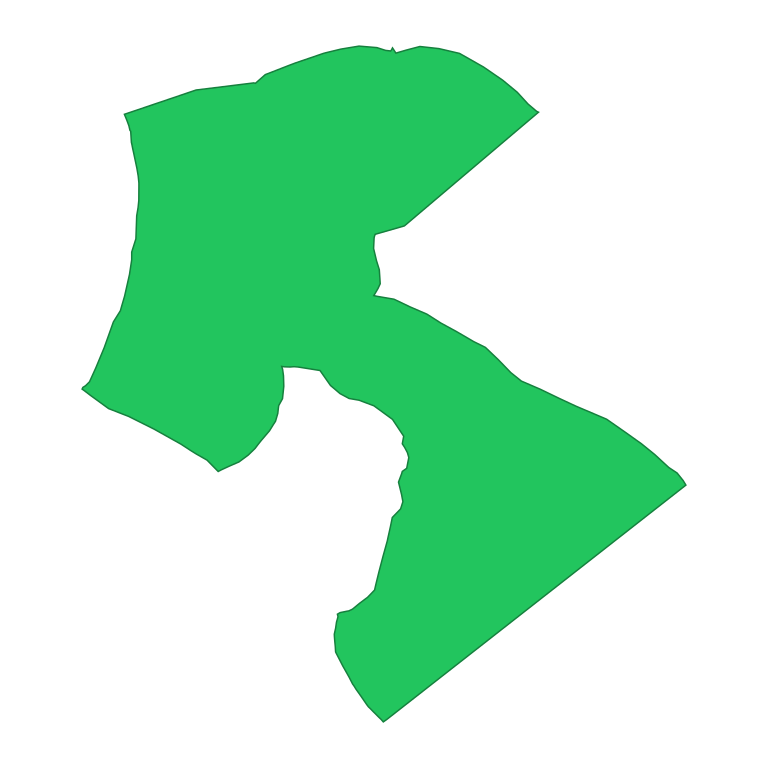 the district of Village, Anse-la-Raye, Saint Lucia
{"feature_id": "8701671B42639255298272", "entity_name": "Village", "entity_type": "district", "adm_level": 2, "iso_a3": "LCA", "parent_name": "Saint Lucia", "parent_adm1": "Anse-la-Raye", "projection": "albers", "projection_center": [-61.042, 13.939], "detail": "fine", "context": "isolated", "style": "filled", "palette": "green", "viewbox_px": 768, "rotation_deg": 0, "n_neighbors": 0, "source": "geoboundaries", "source_scale": "gbopen_adm2", "svg_char_len": 2665}
<svg xmlns="http://www.w3.org/2000/svg" viewBox="0 0 768 768"><path d="M392.5,47.9L391.4,50.0L390.6,51.0L389.3,50.8L385.6,50.4L376.9,47.6L359.0,46.1L340.9,49.1L325.6,52.8L323.4,53.4L295.3,63.0L289.5,65.2L265.3,74.6L255.4,83.3L253.8,82.9L196.1,90.0L124.4,114.3L126.8,120.1L128.9,125.8L129.9,130.2L130.7,131.3L130.8,132.8L131.4,142.4L131.9,144.5L132.7,148.6L133.5,152.2L136.9,168.3L138.2,176.0L138.9,183.0L138.9,187.1L138.8,200.4L138.1,207.4L136.7,215.8L135.9,238.8L131.7,252.1L131.7,254.3L131.7,259.8L129.5,274.4L124.6,296.1L121.4,307.1L120.4,310.7L113.4,321.9L104.2,347.7L95.8,367.9L89.5,381.8L85.6,385.7L82.9,387.4L82.1,389.1L84.5,390.8L85.6,391.7L86.6,392.4L90.2,395.2L108.6,408.6L124.2,414.7L128.6,416.4L154.2,429.2L181.2,444.3L182.7,445.3L189.0,449.4L190.0,450.1L196.1,453.9L204.0,458.4L206.1,459.6L207.0,460.1L218.2,471.5L221.4,469.8L229.4,466.1L237.2,462.7L238.9,462.0L248.2,455.1L255.1,448.4L258.2,444.3L261.4,440.3L269.5,430.8L273.4,424.5L275.5,421.3L277.8,413.4L278.3,408.7L278.7,405.6L282.5,398.7L283.8,386.3L283.5,375.8L282.6,369.3L281.7,366.4L284.1,366.8L290.2,367.0L292.5,366.8L294.2,366.7L295.5,366.8L298.0,367.0L320.0,370.5L330.5,385.5L335.0,389.3L340.0,393.6L347.1,397.4L349.1,398.5L359.0,400.2L366.7,403.1L373.9,405.8L391.3,418.5L392.5,419.4L394.3,422.1L403.7,436.2L402.3,443.8L404.4,447.0L405.3,448.6L407.4,452.6L408.8,457.5L406.7,468.3L402.3,471.4L401.7,473.5L401.3,474.6L398.5,482.1L401.6,494.7L402.3,498.5L402.9,501.7L400.6,508.9L394.9,514.8L392.3,517.5L390.4,526.8L387.9,538.0L387.3,540.9L385.5,547.4L383.0,556.4L378.8,572.4L376.5,581.8L375.4,586.4L374.6,590.0L367.5,597.4L365.7,598.7L359.7,603.2L352.4,609.2L348.8,610.9L346.9,611.2L345.0,611.6L340.1,612.6L337.4,614.2L338.0,616.7L337.1,620.0L336.5,622.1L335.6,628.3L335.2,630.1L334.3,634.2L334.4,636.5L334.7,640.4L335.3,646.8L335.5,650.5L335.6,651.9L336.2,653.2L337.3,655.3L342.8,666.0L349.0,677.0L352.6,684.0L354.3,686.4L356.0,689.2L361.4,696.8L362.0,697.7L366.8,704.7L368.4,706.8L370.2,708.5L373.3,711.7L378.7,717.1L381.2,719.5L382.6,721.1L383.3,721.9L386.6,719.6L685.9,485.1L683.1,480.5L677.1,473.0L668.8,467.5L654.7,454.5L641.5,443.8L636.0,439.9L625.8,432.6L606.6,419.2L575.8,406.1L559.7,398.6L540.2,389.2L521.4,381.1L510.8,372.6L498.5,359.9L485.4,347.4L473.7,341.6L456.9,331.8L440.8,323.0L427.0,314.2L409.9,306.8L394.0,299.2L377.0,296.3L373.8,295.6L376.2,291.6L378.0,288.5L380.2,283.8L379.9,278.6L379.3,269.7L376.5,260.7L373.6,248.5L374.1,237.8L374.5,236.2L375.2,234.3L404.4,225.9L538.5,112.2L536.6,111.3L528.0,104.0L517.2,92.2L502.7,80.2L483.5,67.0L459.5,53.4L438.9,48.6L419.9,46.5L406.2,50.1L395.9,53.1L393.5,49.4L392.5,47.9Z" fill="#22c55e" stroke="#15803d" stroke-width="1.5"/></svg>